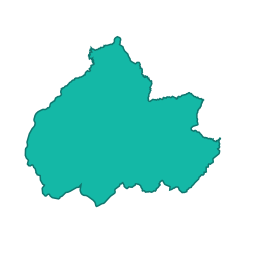 outline of Salazar, Norte de Santander, Colombia, rotated 14°
{"feature_id": "7082276B2065946999861", "entity_name": "Salazar", "entity_type": "district", "adm_level": 2, "iso_a3": "COL", "parent_name": "Colombia", "parent_adm1": "Norte de Santander", "projection": "robinson", "projection_center": [-72.837, 7.784], "detail": "fine", "context": "isolated", "style": "filled", "palette": "teal", "viewbox_px": 256, "rotation_deg": 14, "n_neighbors": 0, "source": "geoboundaries", "source_scale": "gbopen_adm2", "svg_char_len": 5739}
<svg xmlns="http://www.w3.org/2000/svg" viewBox="0 0 256 256"><g transform="rotate(14 128 128)"><path d="M211.1,155.5L211.9,155.6L212.4,155.3L212.9,154.2L212.6,152.5L214.1,152.1L214.6,151.6L214.2,150.8L213.4,147.1L215.2,146.5L215.2,145.2L214.8,144.3L215.0,143.4L216.7,143.2L217.5,142.0L218.8,140.9L218.9,140.2L218.1,138.2L218.0,137.0L222.3,131.3L222.6,130.6L222.6,129.0L222.3,127.8L220.2,126.8L220.0,126.5L221.2,125.5L221.5,124.2L220.6,122.8L220.8,121.3L219.7,119.7L219.4,118.4L219.4,117.5L220.2,116.2L220.1,115.7L219.6,115.6L219.3,116.7L218.0,118.5L217.1,118.8L217.2,119.7L215.9,119.9L215.1,119.6L214.1,119.6L213.3,118.9L213.2,118.2L212.6,118.7L212.2,118.4L211.2,118.2L211.2,118.7L211.0,118.9L209.7,118.4L208.4,119.0L206.8,118.4L206.4,118.7L205.5,118.5L204.6,119.0L203.8,118.6L203.0,118.7L200.7,116.7L199.2,115.9L198.6,115.2L197.8,114.8L197.4,115.1L196.0,115.1L194.7,114.2L193.8,114.1L193.2,114.4L192.7,115.2L190.1,114.7L189.4,113.3L189.4,112.5L190.7,110.6L194.8,108.1L195.0,107.6L194.3,106.1L193.5,105.0L193.3,102.6L192.4,101.6L191.4,97.6L191.8,95.8L191.4,93.9L192.0,93.4L192.1,92.3L192.8,90.9L193.1,90.9L193.2,89.5L193.6,89.0L193.3,87.2L193.6,86.1L193.4,85.8L193.8,85.0L193.6,84.0L194.2,83.4L194.0,82.9L194.4,82.5L193.7,82.1L192.6,82.5L191.9,81.8L190.9,82.3L189.3,82.2L188.2,81.3L187.5,82.0L185.7,81.3L184.5,81.5L183.6,80.8L182.1,80.2L181.2,79.3L180.2,79.6L179.0,78.9L178.3,79.2L177.7,80.1L176.7,80.6L176.2,81.4L172.3,83.4L171.8,84.5L170.8,85.3L169.7,85.0L169.3,85.3L168.9,85.8L168.9,87.4L168.1,88.1L167.7,88.1L167.4,87.2L166.1,87.3L165.1,86.9L163.4,86.6L162.5,88.0L161.7,88.2L160.9,87.8L159.7,88.3L159.1,88.2L158.1,88.7L157.8,89.7L157.3,89.6L156.5,90.0L155.3,89.7L154.8,90.3L154.8,91.6L154.2,92.1L151.8,91.7L151.0,93.2L149.7,93.0L148.8,94.1L147.5,93.9L146.8,94.2L145.2,94.2L142.9,96.9L141.8,96.9L140.8,96.0L141.0,95.5L140.2,94.0L140.2,93.1L140.6,92.4L140.3,91.6L140.1,90.0L140.7,88.2L140.5,87.3L141.0,86.0L140.1,85.2L140.6,84.6L140.6,84.2L139.7,83.9L139.4,83.3L139.8,82.7L140.4,79.2L139.9,78.7L139.9,77.9L139.4,76.7L139.1,76.6L138.6,77.2L137.3,76.5L136.9,75.7L136.4,75.7L136.0,74.7L135.5,75.1L135.2,74.6L134.4,74.3L134.3,73.5L133.8,73.7L132.4,73.4L132.5,74.5L132.0,74.5L131.7,74.8L131.5,74.5L130.6,74.3L130.7,73.5L130.4,73.3L130.1,73.2L129.9,73.6L129.2,72.6L128.4,72.4L128.1,71.6L128.5,70.5L128.1,69.7L127.6,69.3L127.9,68.9L127.6,67.8L126.9,66.9L126.1,66.8L125.5,67.1L125.2,65.6L124.2,64.7L124.5,63.6L123.4,62.1L122.8,61.7L120.9,62.2L120.3,63.3L119.5,63.9L116.2,63.0L114.2,62.2L113.7,61.6L113.3,60.5L111.1,58.3L109.9,56.3L106.1,54.1L104.5,52.2L103.4,50.4L99.6,49.1L99.8,47.4L99.4,45.8L99.6,44.3L99.0,43.0L98.1,42.4L95.6,42.0L94.3,43.3L93.6,44.3L93.4,45.7L93.9,47.3L93.8,48.0L93.5,49.1L92.5,50.2L92.3,50.8L91.1,50.9L87.9,52.9L86.0,53.3L85.4,54.1L84.9,53.9L84.8,55.5L83.0,56.3L82.0,56.4L81.6,57.7L80.7,57.7L79.5,59.2L78.4,59.6L77.4,60.5L76.6,60.4L75.6,59.8L74.5,60.1L72.9,59.0L73.3,60.3L72.4,60.6L72.3,62.2L73.5,61.8L74.4,63.0L73.8,63.2L73.5,63.6L72.7,64.0L72.7,64.7L73.5,65.7L73.5,66.4L73.2,66.7L72.3,66.5L72.3,67.6L73.1,67.9L73.3,69.2L73.9,70.3L74.6,69.5L75.4,69.3L75.9,70.1L76.7,68.9L76.8,69.8L77.6,70.3L77.2,70.9L77.2,71.3L78.0,71.4L77.4,72.2L77.8,72.7L78.2,71.9L78.3,72.0L79.0,73.1L78.9,73.8L79.5,74.1L78.5,75.4L77.2,76.1L77.0,76.7L77.4,77.2L77.3,78.5L76.1,79.8L76.4,80.4L77.5,81.0L77.6,81.5L76.8,82.4L75.7,82.6L75.1,82.1L74.8,82.3L73.8,83.7L73.3,85.0L73.4,86.9L72.7,87.1L72.0,88.2L70.2,89.9L68.6,90.5L68.0,91.5L65.0,92.3L64.3,93.2L64.4,94.1L62.5,95.2L61.5,97.0L60.3,98.1L59.9,99.3L59.0,100.8L58.8,101.6L57.0,102.6L56.2,104.2L55.4,104.8L54.6,105.1L54.6,106.0L53.9,106.1L54.1,107.0L53.9,108.4L54.1,109.6L55.2,111.2L55.0,112.6L53.9,113.9L52.2,114.6L50.5,116.5L50.2,119.5L49.1,120.1L48.5,121.4L47.6,121.8L46.9,123.0L46.8,124.7L47.0,125.8L46.7,126.8L46.0,127.7L45.1,127.9L44.5,129.1L43.2,130.1L41.0,130.5L39.4,131.7L36.8,134.0L35.4,136.1L34.8,138.3L34.7,142.3L35.1,143.6L36.7,145.4L36.9,148.0L36.5,149.4L35.2,151.7L33.7,157.5L33.4,166.1L34.5,168.5L34.8,169.9L34.6,171.0L33.8,172.4L33.7,173.4L35.0,179.4L36.7,181.8L38.9,183.2L39.2,183.7L39.1,187.3L39.4,187.6L40.0,187.6L40.5,188.5L41.0,188.6L42.4,188.4L43.7,187.0L44.9,187.2L46.1,189.0L47.7,189.8L49.2,192.5L49.5,193.7L50.3,194.1L51.2,195.3L54.3,195.4L55.6,199.7L58.8,203.1L60.7,203.6L60.7,204.0L59.4,207.0L59.4,207.6L61.0,212.0L64.1,214.0L65.0,213.7L66.1,211.9L67.1,211.4L67.8,211.4L69.0,212.8L71.4,213.9L77.7,213.6L78.6,212.8L78.9,211.3L80.7,209.9L83.2,205.7L85.2,204.8L87.2,203.3L92.6,198.1L94.7,197.4L95.5,195.4L96.1,194.4L96.5,199.5L97.1,200.9L98.3,202.6L99.5,203.5L100.8,203.9L101.6,204.0L103.7,203.6L105.6,204.0L111.7,206.5L113.7,207.9L114.4,208.8L115.7,211.3L116.5,211.7L118.2,210.4L120.9,207.8L122.6,207.0L123.3,206.2L127.5,198.4L130.2,195.3L131.0,194.1L131.0,193.1L130.2,191.5L130.4,190.3L133.7,186.4L133.9,184.3L135.1,183.8L135.7,182.6L136.1,182.3L138.1,184.5L138.5,185.7L141.1,187.0L142.0,186.8L143.2,184.8L144.6,184.8L146.5,184.4L147.4,183.0L148.7,181.9L148.8,180.5L149.2,180.2L152.2,180.1L153.9,180.8L154.4,181.2L155.2,182.6L156.7,183.8L157.0,185.2L157.5,185.1L157.7,185.5L158.3,185.1L159.2,185.0L160.3,185.9L160.7,186.0L162.2,185.2L162.9,185.3L163.8,184.5L166.3,184.6L167.4,183.9L168.4,182.5L169.2,182.7L169.8,182.6L170.3,181.3L170.2,180.2L171.8,178.0L171.9,177.3L172.9,175.5L172.7,175.1L171.7,174.9L171.6,174.6L172.2,173.4L172.2,172.3L173.2,171.4L173.5,170.8L174.1,170.6L174.5,170.8L177.1,173.6L178.3,174.0L183.0,174.7L183.5,178.1L185.4,176.9L186.6,175.4L187.5,175.1L188.4,173.9L189.8,173.3L191.2,173.4L192.7,175.7L196.2,177.6L196.6,177.3L198.4,176.9L200.4,175.5L200.2,174.0L201.5,172.4L201.8,171.4L203.7,170.3L204.2,168.4L205.1,167.3L206.1,165.0L208.9,160.4L208.9,158.5L209.6,157.7L210.6,155.7L211.1,155.5Z" fill="#14b8a6" stroke="#0f766e" stroke-width="1.5"/></g></svg>